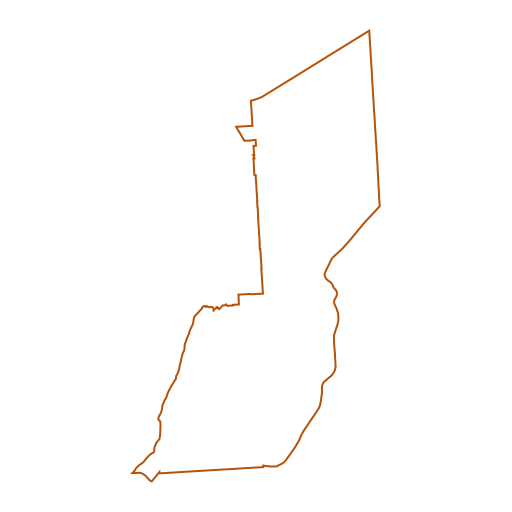 the district of Marion, South Australia, Australia
{"feature_id": "25037944B19747941889194", "entity_name": "Marion", "entity_type": "district", "adm_level": 2, "iso_a3": "AUS", "parent_name": "Australia", "parent_adm1": "South Australia", "projection": "albers", "projection_center": [138.529, -35.026], "detail": "fine", "context": "isolated", "style": "outline", "palette": "amber", "viewbox_px": 512, "rotation_deg": 0, "n_neighbors": 0, "source": "geoboundaries", "source_scale": "gbopen_adm2", "svg_char_len": 6006}
<svg xmlns="http://www.w3.org/2000/svg" viewBox="0 0 512 512"><path d="M203.6,306.2L203.0,306.7L202.7,307.1L202.5,307.4L202.1,307.6L201.9,307.8L201.7,308.7L201.4,309.1L200.3,310.2L198.7,311.9L197.7,313.1L197.3,313.8L197.1,314.0L196.2,314.6L195.6,315.2L195.5,315.3L194.8,316.2L194.5,316.7L193.8,318.6L193.1,323.3L193.1,323.5L192.7,324.3L192.2,325.5L191.1,327.8L190.2,329.7L189.7,331.0L189.5,331.6L189.3,332.2L189.3,332.6L189.1,333.2L189.1,333.6L188.8,334.0L188.5,334.8L188.1,335.7L187.2,337.6L186.9,338.4L186.5,339.2L186.4,340.1L186.0,341.1L185.5,342.5L185.0,343.4L184.6,345.6L184.6,347.8L184.3,349.6L184.0,350.7L183.7,351.5L183.1,352.4L182.7,353.4L182.2,355.3L181.7,357.4L180.9,360.0L180.9,361.6L180.8,361.9L180.4,362.6L180.3,363.0L180.3,363.7L179.7,365.4L179.5,366.5L179.5,367.3L179.3,368.5L178.8,370.1L178.3,371.3L178.3,371.7L178.3,372.1L177.9,372.7L177.7,373.4L177.3,374.0L176.8,374.9L176.4,375.5L176.2,376.0L175.9,378.4L175.6,379.2L175.1,380.2L174.9,380.2L174.7,380.3L173.7,382.2L173.2,383.1L172.6,383.9L172.2,384.7L171.6,385.6L170.5,387.5L170.1,388.4L169.6,389.3L169.1,390.2L168.1,392.4L167.6,393.4L167.3,394.2L167.1,395.2L166.8,396.1L166.4,397.1L166.0,398.1L164.7,400.1L164.3,401.1L163.8,402.1L163.4,403.0L162.7,404.8L162.4,405.8L162.3,406.7L162.2,407.8L162.0,408.8L161.9,409.4L161.6,410.4L161.4,411.4L161.2,412.3L160.8,413.1L160.3,414.0L159.8,414.8L159.3,415.7L158.9,416.6L158.5,417.6L158.4,418.6L158.4,419.3L158.5,419.6L158.6,419.9L158.9,420.3L159.4,420.5L159.8,420.8L160.2,421.4L160.3,422.3L160.4,423.2L160.5,424.1L160.5,425.2L160.4,427.7L160.4,428.9L160.3,431.2L160.2,432.2L160.2,433.4L160.1,434.6L159.7,437.8L159.5,438.5L159.3,439.3L158.8,439.8L158.2,440.6L157.0,442.0L156.4,442.7L156.1,443.3L155.8,444.3L155.4,445.2L154.8,446.1L154.6,447.1L154.4,447.9L154.3,448.7L154.3,449.4L154.4,450.1L154.3,450.7L154.1,451.4L153.8,452.2L153.4,452.7L152.8,452.9L152.1,453.2L151.4,453.6L150.7,454.0L150.0,454.7L149.3,455.4L148.6,456.0L147.3,457.4L146.6,458.1L146.0,458.9L144.9,460.2L144.4,460.9L143.9,461.6L143.3,462.2L142.8,462.7L142.3,462.9L141.7,463.3L141.1,463.9L140.4,464.3L139.6,464.9L138.8,465.5L137.3,467.0L136.5,467.8L135.8,468.6L135.3,469.5L134.9,470.2L134.4,470.9L133.8,471.6L133.1,472.4L132.4,473.0L134.2,473.1L137.4,472.9L138.3,472.9L139.5,472.8L140.0,472.9L140.5,473.0L140.9,473.1L141.7,473.3L142.3,473.5L145.5,475.7L147.6,478.0L150.0,480.6L151.8,481.3L159.3,472.2L159.3,473.3L161.6,473.2L164.7,473.1L165.9,473.0L191.3,471.4L200.3,470.9L210.0,470.3L228.4,469.2L229.0,469.2L246.0,468.1L263.3,467.1L263.2,465.6L264.3,465.8L265.8,465.9L267.1,466.1L270.1,466.4L270.6,466.5L271.2,466.5L277.0,466.4L277.3,466.1L278.2,465.5L280.7,464.3L282.7,463.2L283.9,462.3L284.7,461.6L285.9,460.2L290.5,453.7L291.8,451.9L295.1,447.1L298.0,442.3L299.9,438.7L300.4,437.3L301.3,435.1L303.5,431.1L307.6,425.0L309.7,421.8L314.8,414.4L317.5,410.3L318.7,408.4L319.5,406.6L320.0,405.1L320.2,404.5L320.8,401.5L321.4,396.9L321.7,395.2L321.8,394.4L322.0,391.6L321.9,389.0L322.0,387.3L322.0,386.6L322.4,384.9L323.1,383.2L324.1,381.8L325.4,380.7L327.2,379.2L331.3,375.7L332.2,374.7L333.1,373.5L334.0,372.1L334.6,370.8L335.1,369.4L335.3,367.9L335.5,367.5L335.5,367.3L335.6,366.8L335.5,365.0L334.9,353.1L334.5,348.9L334.1,343.3L334.0,340.7L333.9,337.3L334.0,335.9L334.4,334.1L335.7,329.9L337.4,324.9L338.1,321.9L338.4,319.4L338.4,317.0L338.2,314.2L337.8,312.2L337.2,310.5L336.4,308.2L335.2,305.8L334.3,303.5L334.0,302.0L334.3,300.4L334.8,299.1L336.1,297.1L336.8,294.9L336.9,293.6L336.9,292.3L336.3,290.8L335.7,289.9L334.5,288.6L333.5,287.4L332.3,284.4L331.4,283.1L330.2,282.0L328.7,281.0L327.0,279.6L325.7,278.1L324.9,276.5L324.6,275.1L324.7,274.0L324.9,273.3L325.2,272.3L326.5,269.5L327.7,267.0L329.2,264.0L329.8,262.6L331.7,258.9L332.4,257.9L334.0,256.4L336.0,254.5L338.3,252.4L341.3,249.7L341.9,249.1L343.3,247.6L345.0,245.7L347.6,242.8L350.7,239.3L354.9,234.1L356.7,232.0L359.7,228.3L361.0,226.9L362.4,225.0L366.4,220.5L371.6,215.0L379.7,206.3L379.0,195.3L378.8,190.0L378.3,181.9L378.3,180.5L377.8,172.2L377.6,168.6L377.5,165.7L377.4,164.0L377.1,159.5L376.6,151.0L376.3,145.5L375.9,139.6L375.6,135.0L375.6,134.7L375.4,131.3L375.1,128.2L375.1,127.0L374.9,124.1L374.3,113.2L374.2,112.0L374.0,109.9L373.7,104.6L373.5,101.4L373.2,96.6L371.1,60.9L371.1,60.1L370.7,55.9L370.6,52.4L370.4,48.8L370.2,46.2L370.1,45.1L369.9,41.4L369.6,36.7L369.4,33.8L369.3,31.4L369.2,30.7L353.8,40.2L329.5,55.2L326.4,57.1L326.2,57.3L316.0,63.6L273.4,89.9L265.1,95.0L262.7,96.5L261.3,97.2L260.2,97.7L257.4,98.8L254.4,99.8L251.3,100.6L250.9,100.7L252.1,120.0L252.3,123.6L252.3,123.8L252.5,125.8L239.7,126.6L236.2,126.8L236.6,127.6L236.9,128.1L238.4,130.6L240.0,133.3L240.7,134.4L241.6,136.0L244.4,140.8L250.6,140.5L252.4,140.3L253.6,140.0L255.6,139.9L255.8,142.7L255.8,143.2L256.0,145.7L253.5,145.9L253.8,150.7L254.1,153.6L254.2,153.9L254.2,155.1L253.2,155.2L253.9,156.2L254.1,156.7L254.4,158.5L253.4,158.5L253.7,161.6L253.7,162.1L254.0,168.2L254.0,168.7L254.4,175.1L255.7,175.1L255.8,177.8L256.0,181.1L256.3,184.6L256.5,189.1L256.6,190.8L256.7,192.0L257.3,201.2L257.1,201.2L257.4,206.8L257.6,206.8L257.7,207.7L257.7,208.2L257.9,211.6L258.0,213.5L258.3,218.2L258.1,218.2L258.3,220.8L258.3,221.2L258.6,226.0L258.6,226.5L259.0,231.7L259.0,232.4L259.5,239.7L259.5,240.8L259.8,244.5L259.6,244.6L259.6,246.0L259.8,249.0L260.3,249.0L260.9,258.2L261.1,261.4L261.6,268.9L261.3,268.9L262.3,283.7L262.6,288.4L262.9,293.7L258.7,293.9L254.5,294.1L252.6,294.2L250.4,294.2L250.0,294.0L248.6,294.0L244.5,294.3L238.4,294.6L238.5,295.3L238.8,302.0L238.9,304.5L233.1,304.8L233.2,305.4L227.8,305.8L227.4,305.9L225.9,304.4L225.0,305.3L222.9,305.4L222.7,305.7L222.4,305.9L220.3,308.0L219.1,309.2L218.0,308.1L218.2,307.9L217.7,307.4L217.5,307.7L216.8,307.1L216.5,307.3L216.4,307.6L216.3,307.9L216.3,308.3L216.0,308.4L215.6,308.5L215.3,308.7L213.6,310.5L213.5,309.8L213.4,308.2L213.1,307.6L212.6,307.3L211.7,306.9L211.2,306.8L210.7,306.9L209.5,307.3L207.6,306.7L206.8,306.6L206.8,306.4L205.8,306.8L205.6,306.1L203.6,306.2Z" fill="none" stroke="#b45309" stroke-width="2"/></svg>